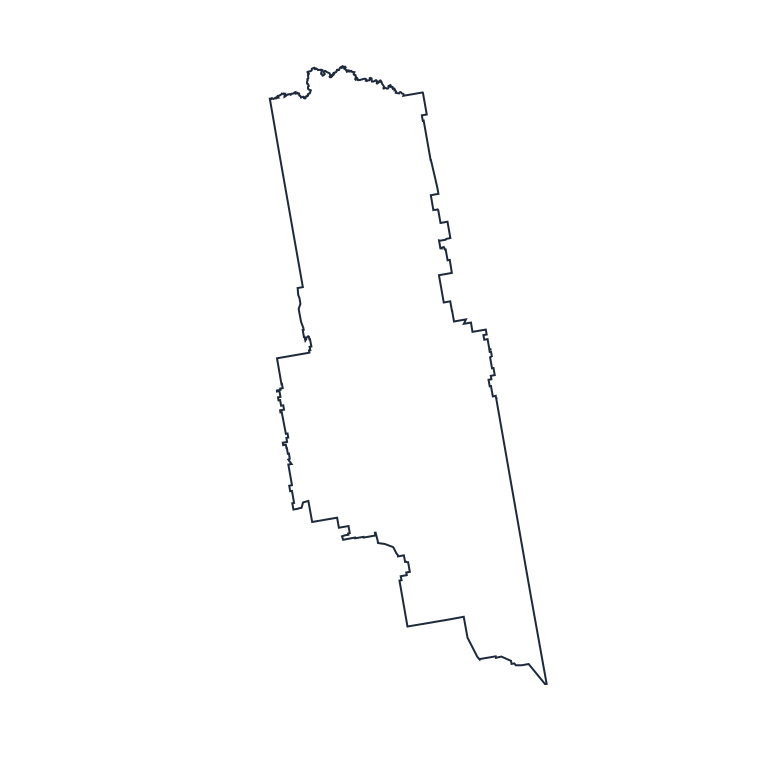 outline of Plantagenet, Western Australia, Australia, rotated 80°
{"feature_id": "25037944B3535860838783", "entity_name": "Plantagenet", "entity_type": "district", "adm_level": 2, "iso_a3": "AUS", "parent_name": "Australia", "parent_adm1": "Western Australia", "projection": "natural_earth1", "projection_center": [117.015, -34.625], "detail": "fine", "context": "isolated", "style": "outline", "palette": "slate", "viewbox_px": 768, "rotation_deg": 80, "n_neighbors": 0, "source": "geoboundaries", "source_scale": "gbopen_adm2", "svg_char_len": 5846}
<svg xmlns="http://www.w3.org/2000/svg" viewBox="0 0 768 768"><g transform="rotate(80 384 384)"><path d="M707.6,275.9L617.0,276.2L421.8,276.0L419.1,276.0L418.1,276.0L417.9,275.7L417.3,275.8L417.3,276.0L416.4,276.0L415.5,276.4L415.1,276.2L415.1,279.0L404.6,279.0L404.6,280.3L398.0,280.3L398.0,277.4L394.5,277.4L394.5,273.4L387.3,273.4L387.3,274.9L376.1,274.9L375.4,273.0L370.7,273.0L370.7,274.3L368.4,274.3L368.1,273.4L367.4,274.2L357.8,274.2L357.8,277.6L353.1,277.6L353.1,274.3L348.1,274.3L348.0,287.8L338.6,287.7L338.6,294.9L334.6,292.1L334.6,304.2L324.0,304.2L324.0,304.4L314.1,304.4L314.1,311.0L286.4,311.0L286.4,297.9L273.2,297.7L273.2,299.9L262.2,299.9L262.2,300.7L261.6,301.0L260.8,300.9L259.5,301.4L259.7,301.9L259.6,302.5L259.9,303.6L260.5,303.6L260.2,304.9L252.1,304.9L252.6,303.4L252.6,298.1L251.9,297.5L251.8,293.3L235.2,293.3L235.2,300.4L222.3,300.4L221.4,300.8L221.5,303.2L221.0,304.5L221.2,305.2L206.2,305.1L206.2,297.4L199.9,297.4L193.5,297.7L171.7,298.9L171.7,299.2L131.5,299.2L131.6,300.1L126.0,300.1L126.0,295.1L104.0,295.1L103.6,295.3L103.5,314.8L102.9,314.4L102.0,314.4L101.5,314.9L100.9,316.0L99.9,316.5L99.4,317.1L99.5,318.0L100.4,318.7L99.5,321.6L99.2,321.9L98.3,321.3L96.4,322.0L96.5,322.7L95.0,322.5L94.7,322.8L94.9,324.1L94.3,324.3L93.1,323.9L92.9,324.0L92.6,324.9L92.6,325.9L92.3,326.1L91.0,325.6L90.7,325.9L91.1,326.7L91.2,327.5L91.5,328.0L93.0,328.1L93.7,328.9L93.6,329.9L92.5,331.3L92.7,332.1L93.0,332.7L93.0,333.0L92.8,333.2L92.5,333.2L91.5,332.3L89.9,332.8L88.2,333.7L85.8,334.1L84.5,334.7L84.5,335.4L84.7,335.6L85.7,335.8L85.6,336.3L85.3,336.7L85.5,337.2L85.5,337.8L86.0,338.0L86.5,337.7L86.9,338.7L86.7,338.9L84.3,338.4L83.6,338.8L83.4,339.5L84.0,340.4L84.3,342.2L84.0,343.4L81.0,343.2L80.5,343.7L80.1,344.5L80.2,344.8L80.4,345.0L81.8,345.0L82.2,345.5L82.4,345.7L82.2,346.9L82.6,348.1L82.2,349.2L81.5,348.7L80.8,348.6L80.1,349.6L80.0,351.7L80.3,352.6L80.2,353.5L80.5,354.9L80.3,355.7L80.3,356.8L80.0,357.0L78.7,357.0L78.0,357.4L79.1,358.1L79.5,359.0L79.2,359.2L78.6,358.9L78.4,359.2L77.6,358.7L75.1,358.4L74.7,358.6L74.3,359.2L74.4,359.7L73.9,360.1L72.8,359.9L71.8,359.1L70.8,361.7L70.0,361.8L69.9,362.3L70.3,362.9L70.3,363.8L69.2,364.0L68.9,365.0L69.0,365.1L69.8,365.1L70.0,366.2L68.8,366.1L68.6,366.4L68.6,366.8L68.0,366.8L67.5,367.1L67.1,367.6L67.0,368.1L66.5,368.5L66.3,368.4L66.1,367.9L65.4,366.8L64.7,367.3L64.8,368.1L65.0,368.5L65.1,368.8L64.6,369.2L64.0,369.3L63.8,369.6L64.0,369.9L64.7,370.0L65.4,370.7L65.3,370.9L64.4,371.3L64.7,372.1L65.6,373.0L66.3,373.3L66.9,373.7L66.9,374.6L66.4,375.2L66.4,375.6L67.2,375.6L67.7,376.6L68.5,377.0L68.9,379.7L69.3,380.0L69.4,379.7L69.9,379.2L70.7,379.9L70.8,380.3L70.6,381.0L71.9,381.5L72.0,382.1L72.6,382.6L72.7,383.3L72.5,384.0L71.9,384.2L71.2,383.4L70.8,383.4L70.4,382.9L69.7,383.5L68.7,383.6L67.9,384.4L67.7,385.0L66.6,386.4L65.6,387.3L65.4,388.4L65.5,388.7L66.4,389.3L68.4,388.5L69.4,389.8L69.6,391.0L68.0,391.4L67.8,392.0L67.6,392.1L66.1,391.6L64.1,390.3L63.5,391.4L63.7,392.0L63.3,393.6L63.3,394.6L62.5,394.9L62.1,395.6L61.4,396.2L62.0,397.2L61.9,397.5L61.4,397.7L60.9,397.5L60.4,397.8L61.1,400.4L62.1,400.6L62.9,401.1L63.2,402.2L63.2,404.3L63.5,405.2L64.5,405.1L65.1,404.2L65.5,404.1L65.9,404.4L65.9,404.8L66.3,405.2L69.6,405.4L70.3,406.5L71.0,406.6L71.4,406.3L72.8,407.2L74.7,407.6L75.1,407.4L75.6,406.6L76.8,406.5L77.2,406.3L77.6,406.4L77.9,407.1L79.4,407.5L80.4,407.4L81.0,406.9L82.0,405.1L82.3,405.1L83.4,405.9L84.4,406.2L85.1,407.0L85.0,407.8L85.5,408.7L86.7,408.7L87.2,409.4L87.3,409.7L87.0,410.1L87.2,410.8L89.0,411.8L89.1,412.2L88.8,412.6L87.8,412.3L87.7,412.6L88.1,413.3L87.1,413.5L87.0,413.8L87.5,415.8L87.5,416.0L86.0,416.3L85.1,417.4L83.5,417.1L83.0,417.3L82.9,417.6L83.0,418.7L82.8,418.9L82.4,418.9L82.7,420.1L82.7,420.6L81.2,420.4L81.4,421.5L82.2,422.8L82.3,423.6L82.1,424.0L82.1,424.8L82.9,425.6L82.3,426.0L82.1,427.5L82.3,427.6L82.1,428.3L82.6,429.4L82.7,430.2L83.2,430.5L83.3,431.2L83.6,431.5L83.9,432.2L83.2,432.1L82.7,431.6L81.0,430.9L80.6,432.1L80.9,432.2L80.9,432.7L80.3,434.2L81.0,434.6L81.4,436.1L81.7,436.4L81.9,437.2L81.9,438.7L82.5,438.9L82.8,438.5L83.7,438.2L83.7,439.1L83.3,439.2L82.8,439.8L82.9,440.2L83.7,440.6L83.3,441.1L83.3,441.4L83.8,441.6L83.7,442.1L84.1,443.5L83.0,444.7L83.1,445.4L83.7,445.4L83.9,445.9L83.4,446.9L146.7,447.1L274.5,447.1L274.5,452.4L281.4,453.0L284.8,452.3L290.6,452.4L294.8,454.8L295.6,455.0L308.3,454.9L314.8,453.7L316.7,453.7L316.7,454.7L323.7,454.7L323.7,454.1L327.6,453.9L326.5,452.9L324.9,452.3L323.8,450.4L324.5,449.7L327.1,449.7L327.1,449.1L334.5,449.0L334.5,450.8L337.9,450.7L337.9,452.0L340.1,452.0L340.2,454.3L340.1,484.9L366.3,485.0L366.2,484.5L370.5,484.5L370.5,487.0L371.8,487.0L371.8,490.6L372.8,490.7L372.8,488.2L378.7,488.2L378.7,490.7L381.8,490.7L381.8,489.1L387.5,489.1L387.5,486.9L391.9,486.9L391.9,490.9L394.0,490.9L394.0,489.6L416.0,489.3L416.0,487.6L420.1,487.6L420.2,489.5L424.2,489.5L424.2,493.9L426.7,493.9L426.7,491.2L430.2,491.2L430.2,490.8L436.0,490.8L436.0,489.7L441.3,489.8L441.8,491.4L446.8,488.9L446.7,492.2L467.7,492.2L467.7,495.0L473.3,495.0L473.3,493.2L485.5,493.2L485.5,495.0L491.9,495.0L491.9,490.5L491.6,489.3L491.6,486.7L486.6,484.3L486.0,478.8L507.4,478.7L507.5,453.4L517.7,453.4L517.7,443.6L524.9,443.6L525.0,445.3L526.3,445.3L526.2,448.6L526.7,451.8L530.3,451.3L530.2,439.2L530.9,439.2L531.0,430.7L531.7,430.7L531.7,418.8L528.9,418.8L528.9,418.1L537.7,417.4L539.2,417.6L539.6,417.5L541.6,411.2L546.1,403.5L547.0,403.0L553.5,401.0L554.5,400.2L556.2,400.2L556.2,394.2L562.9,394.1L562.9,393.0L563.6,392.1L563.7,391.2L573.5,391.2L573.5,394.8L576.2,394.8L576.2,400.9L580.3,400.8L580.3,402.9L626.9,403.0L627.2,360.7L627.1,345.9L648.3,345.8L668.8,339.5L672.0,337.6L671.5,337.3L671.6,321.3L673.1,321.3L672.8,315.8L678.7,307.0L681.8,307.0L681.8,304.2L683.9,303.0L684.9,297.3L684.9,290.2L707.5,277.5L707.6,275.9Z" fill="none" stroke="#1e293b" stroke-width="2"/></g></svg>